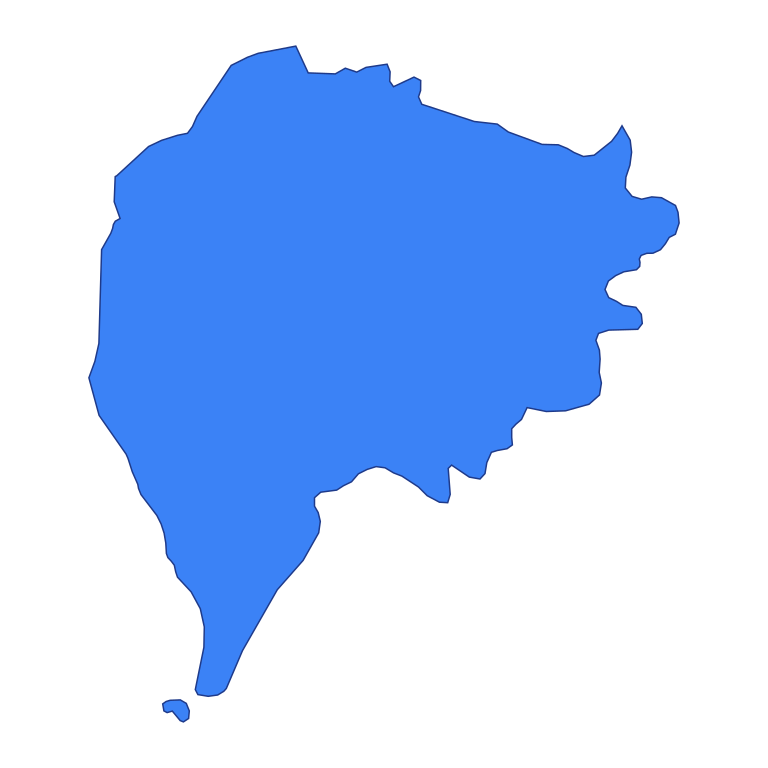 map outline of Ta`izz (Natural Earth projection)
{"feature_id": "YEM-158", "entity_name": "Ta`izz", "entity_type": "Governorate", "adm_level": 1, "iso_a3": "YEM", "parent_name": "Yemen", "parent_adm1": "", "projection": "natural_earth1", "projection_center": [43.878, 13.272], "detail": "fine", "context": "isolated", "style": "filled", "palette": "blue", "viewbox_px": 768, "rotation_deg": 0, "n_neighbors": 0, "source": "natural_earth", "source_scale": "10m", "svg_char_len": 2212}
<svg xmlns="http://www.w3.org/2000/svg" viewBox="0 0 768 768"><path d="M226.3,688.5L223.9,691.2L217.7,695.0L208.2,696.3L197.9,694.6L195.3,689.6L203.9,647.3L204.3,626.9L200.3,608.7L191.1,591.8L177.5,577.2L175.7,571.8L174.3,565.2L171.1,561.0L167.9,557.6L166.4,553.5L165.8,543.1L164.1,533.1L161.1,523.9L156.9,515.5L141.0,494.6L138.5,488.4L137.8,484.3L132.3,471.8L128.0,458.4L126.1,454.1L99.1,415.4L88.9,377.8L94.9,361.3L98.9,343.4L101.6,249.6L110.8,233.3L112.6,228.5L113.4,224.5L115.3,221.2L120.1,218.5L114.2,201.8L115.2,176.6L115.3,176.5L116.7,175.8L148.6,146.5L161.7,140.3L177.5,135.3L187.5,133.3L192.5,126.5L197.0,116.3L231.2,65.4L247.4,57.3L258.2,53.3L295.8,46.1L308.2,72.9L335.3,73.9L345.3,68.2L356.7,72.1L366.0,67.4L387.1,64.2L390.1,71.8L389.7,81.3L393.5,86.7L414.0,77.1L420.7,80.5L420.6,90.5L418.5,96.9L421.8,104.3L474.3,121.5L497.3,124.1L508.3,132.0L542.1,144.4L558.3,144.8L567.3,148.5L574.0,152.5L583.4,156.5L594.2,155.2L611.6,141.3L617.6,133.4L622.0,125.8L630.2,140.2L631.6,152.2L629.9,165.1L625.9,177.2L625.3,188.0L632.1,196.4L641.6,199.2L651.8,196.9L661.5,197.7L675.5,205.5L678.0,212.3L679.1,223.0L675.4,234.2L669.2,237.4L665.4,243.7L660.5,249.7L653.0,253.2L646.8,253.3L641.1,255.4L639.3,259.0L640.0,262.4L639.7,266.4L636.5,269.7L623.8,271.8L615.7,275.6L608.4,281.0L605.0,289.5L608.7,297.6L616.6,301.4L622.8,305.4L635.9,307.3L641.3,314.3L642.3,323.5L637.8,329.3L608.7,330.1L598.5,333.4L595.9,340.3L599.4,350.1L600.1,359.1L599.2,372.4L601.4,383.0L599.5,395.0L589.1,404.2L565.6,410.8L546.3,411.5L527.1,407.6L521.5,419.4L515.9,424.2L511.7,428.7L511.7,437.4L512.4,444.9L507.1,448.7L497.3,450.5L491.4,452.3L486.8,462.6L485.0,473.6L480.0,479.0L469.3,477.1L451.6,465.1L448.2,468.4L450.2,494.4L447.7,502.7L439.4,502.2L427.2,495.7L418.5,487.0L401.9,476.1L393.6,472.9L385.1,467.8L376.1,466.6L367.2,469.4L358.4,473.8L351.5,481.8L343.5,485.7L336.7,490.1L320.7,492.2L314.5,497.7L314.5,506.2L318.2,512.6L320.3,521.4L318.7,532.8L303.1,560.4L277.3,589.7L242.5,650.6L226.3,688.5ZM180.3,699.9L186.3,703.4L187.0,705.2L189.3,710.9L188.6,718.5L183.4,721.9L180.2,720.6L174.9,714.2L172.3,711.1L167.1,712.6L163.9,710.9L162.7,703.9L166.1,701.5L170.1,700.3L180.3,699.9Z" fill="#3b82f6" stroke="#1e3a8a" stroke-width="1.5"/></svg>